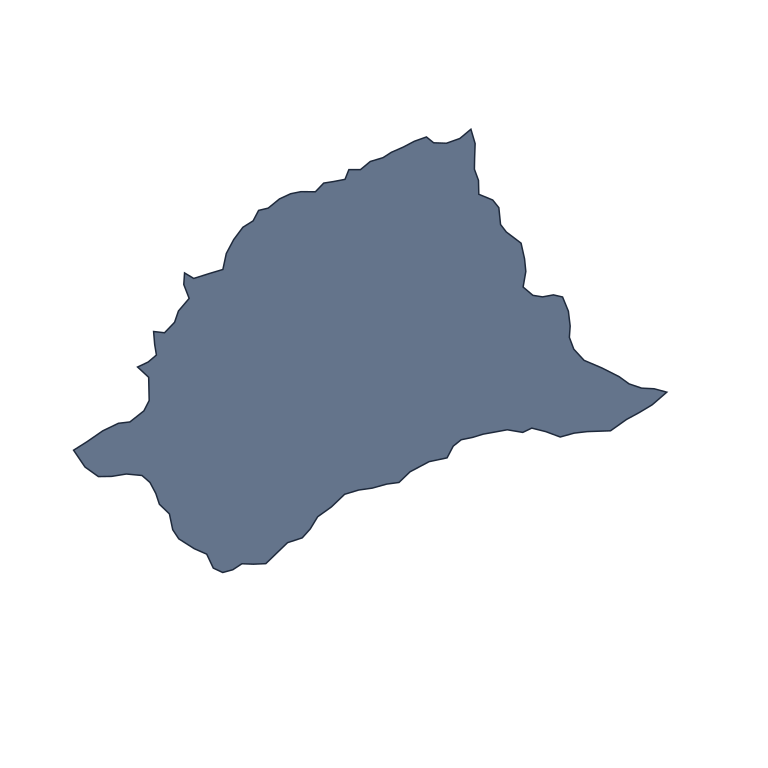 outline of Santa Bárbara de Goiás, Goiás, Brazil, rotated 39°
{"feature_id": "56859067B76762527426674", "entity_name": "Santa Bárbara de Goiás", "entity_type": "district", "adm_level": 2, "iso_a3": "BRA", "parent_name": "Brazil", "parent_adm1": "Goiás", "projection": "orthographic", "projection_center": [-49.679, -16.596], "detail": "fine", "context": "isolated", "style": "filled", "palette": "slate", "viewbox_px": 768, "rotation_deg": 39, "n_neighbors": 0, "source": "geoboundaries", "source_scale": "gbopen_adm2", "svg_char_len": 1670}
<svg xmlns="http://www.w3.org/2000/svg" viewBox="0 0 768 768"><g transform="rotate(39 384 384)"><path d="M177.3,328.0L179.6,339.6L175.7,351.0L176.3,366.3L179.3,381.8L186.7,396.4L178.7,408.1L169.7,421.7L159.1,423.2L165.8,432.7L178.7,440.1L178.3,456.6L182.4,467.8L181.2,482.3L171.9,488.2L180.8,497.5L188.9,504.7L186.9,515.3L181.8,525.9L196.9,526.9L211.9,544.6L214.3,556.0L210.4,573.4L202.3,581.7L194.9,597.4L189.5,615.8L184.4,630.8L203.9,636.7L220.3,635.7L230.5,627.2L240.4,616.1L253.5,607.4L264.1,607.8L275.6,612.7L285.1,618.8L299.0,620.0L311.5,630.2L322.0,633.5L340.2,631.4L353.3,627.8L367.2,634.5L377.3,632.0L383.4,623.5L386.7,613.1L395.9,606.2L405.2,598.0L407.2,581.7L408.9,568.0L417.3,555.0L417.9,543.0L416.0,528.9L420.5,512.6L422.8,494.5L431.0,482.4L440.4,472.3L449.0,460.2L457.6,451.1L459.5,435.8L467.9,416.0L479.5,401.7L476.9,388.7L479.1,378.7L486.5,369.7L492.6,360.6L499.0,353.2L508.6,342.0L522.3,334.3L526.6,325.3L539.7,319.2L554.3,314.3L562.7,302.5L571.9,293.1L589.5,277.8L594.8,258.9L600.4,245.4L605.5,231.4L608.9,212.4L596.9,217.7L586.8,225.1L574.3,229.7L562.3,230.3L543.2,234.4L524.6,239.7L509.6,237.5L498.7,231.1L492.2,221.8L481.5,211.4L468.0,204.0L459.6,208.1L452.4,216.5L443.9,221.4L431.1,221.1L423.4,207.3L414.5,198.3L401.9,188.3L383.4,188.9L374.2,186.7L362.3,174.7L352.7,172.6L338.3,176.9L329.3,166.3L319.1,160.2L312.1,151.2L303.5,139.8L291.2,131.3L288.4,145.5L281.0,157.6L270.8,165.3L261.5,165.3L254.8,176.3L249.9,187.7L243.9,199.3L240.8,208.7L233.3,219.7L230.8,232.2L221.8,239.5L224.9,249.5L217.3,258.5L210.7,265.8L209.7,277.8L198.4,286.8L191.7,294.9L186.3,305.9L183.3,320.2L177.3,328.0Z" fill="#64748b" stroke="#1e293b" stroke-width="1.5"/></g></svg>